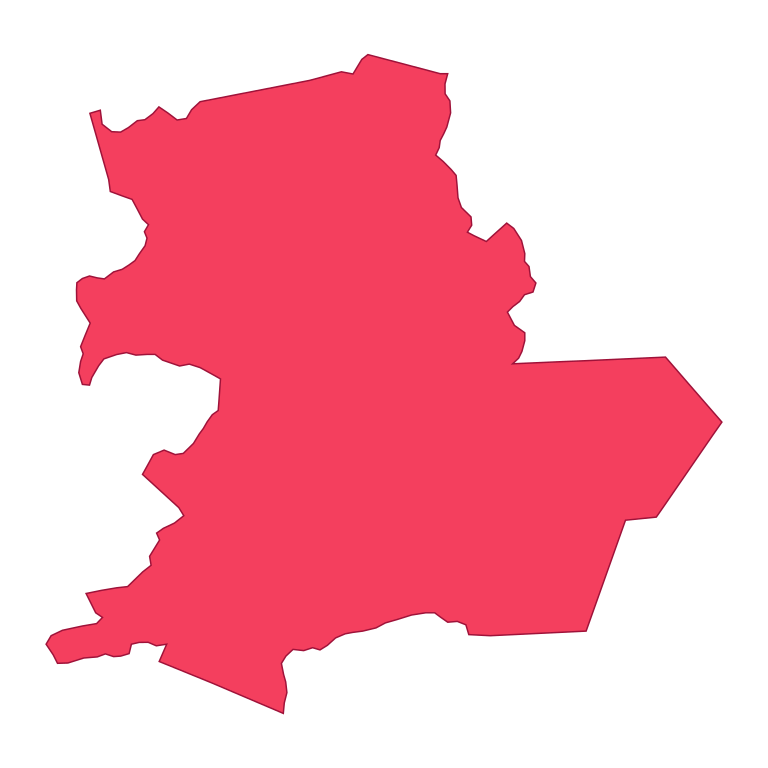 outline of Farias Brito, Ceará, Brazil
{"feature_id": "56859067B39946839588909", "entity_name": "Farias Brito", "entity_type": "district", "adm_level": 2, "iso_a3": "BRA", "parent_name": "Brazil", "parent_adm1": "Ceará", "projection": "mercator", "projection_center": [-39.584, -6.906], "detail": "fine", "context": "isolated", "style": "filled", "palette": "rose", "viewbox_px": 768, "rotation_deg": 0, "n_neighbors": 0, "source": "geoboundaries", "source_scale": "gbopen_adm2", "svg_char_len": 2432}
<svg xmlns="http://www.w3.org/2000/svg" viewBox="0 0 768 768"><path d="M46.1,644.2L53.2,654.8L57.5,663.3L67.9,663.0L83.8,658.0L97.3,656.9L105.4,653.9L113.6,656.6L120.7,656.1L129.1,653.6L131.4,644.2L139.2,642.4L148.2,642.3L156.3,645.8L166.7,644.2L159.2,661.5L211.5,682.8L283.3,713.4L284.3,702.9L286.9,692.6L285.7,681.9L283.6,674.5L281.4,663.4L285.9,656.1L293.0,649.4L303.7,650.6L312.6,647.7L320.0,649.9L327.4,645.3L335.6,637.9L345.2,633.8L352.7,632.4L362.7,631.1L376.0,627.9L385.4,622.9L397.2,619.5L411.6,615.0L425.7,612.8L434.7,612.8L440.6,617.2L447.7,622.2L457.3,621.4L465.9,624.8L468.8,634.6L490.2,635.7L586.1,631.1L625.5,520.2L656.3,517.1L664.1,505.9L711.9,436.4L721.9,422.1L688.5,383.7L665.5,357.1L583.5,360.8L565.6,361.5L512.6,363.8L518.6,358.2L521.9,351.5L524.8,340.7L524.8,332.8L514.4,325.4L507.4,312.1L512.9,306.6L519.7,301.4L524.5,294.7L533.0,292.0L535.9,283.0L530.4,276.6L529.0,266.5L524.5,261.4L524.8,253.6L521.5,240.5L513.8,228.5L506.7,223.1L494.0,234.5L486.3,241.5L474.0,235.7L467.4,232.2L471.7,225.2L471.0,216.9L461.4,207.5L458.0,197.8L457.0,184.8L456.1,175.4L451.3,169.7L443.2,161.5L435.7,155.1L439.2,147.7L440.2,140.5L443.7,133.8L446.8,127.1L450.6,112.9L449.9,100.9L445.1,93.8L445.0,83.9L447.7,73.7L440.2,73.7L367.9,54.6L361.8,59.4L353.0,74.0L341.4,71.8L309.6,80.4L200.1,101.7L191.6,109.7L186.4,118.5L177.1,120.0L167.9,113.0L158.9,106.9L153.0,113.6L144.9,119.7L137.3,120.7L128.4,127.6L120.6,132.1L111.7,131.7L102.1,124.2L100.3,110.2L89.9,113.3L108.7,179.6L110.3,191.5L122.2,195.9L132.1,199.4L137.6,209.7L142.5,219.1L148.5,224.7L144.4,231.7L147.0,238.1L145.1,245.7L139.5,253.6L135.0,260.6L128.8,265.1L122.2,269.3L113.6,271.9L104.4,278.9L97.3,277.9L89.5,276.0L82.4,278.5L76.9,282.7L76.5,289.8L76.7,300.9L80.9,308.5L90.2,323.1L85.0,335.7L80.6,346.7L83.2,353.8L80.6,361.5L78.8,372.7L82.4,384.4L89.5,385.1L91.8,377.5L98.7,365.7L103.9,358.9L116.7,354.5L126.5,352.6L135.9,355.1L147.0,354.4L155.1,354.4L162.5,360.1L179.6,366.0L189.3,364.1L200.1,367.6L209.4,372.7L220.5,378.9L218.9,401.6L218.2,410.5L212.3,414.7L207.2,421.8L203.4,428.4L199.4,433.8L193.5,443.4L183.3,453.4L175.2,454.6L164.1,450.1L153.4,454.6L147.5,465.4L142.5,474.4L178.8,507.6L183.8,515.7L174.4,523.1L163.4,528.3L156.6,533.1L159.6,540.0L149.6,556.3L151.1,565.3L142.8,571.8L127.6,586.6L116.7,587.8L101.3,590.4L86.1,593.5L95.7,612.8L102.5,617.4L96.6,623.6L82.4,626.0L62.4,630.3L51.1,635.7L46.1,644.2Z" fill="#f43f5e" stroke="#9f1239" stroke-width="1.5"/></svg>